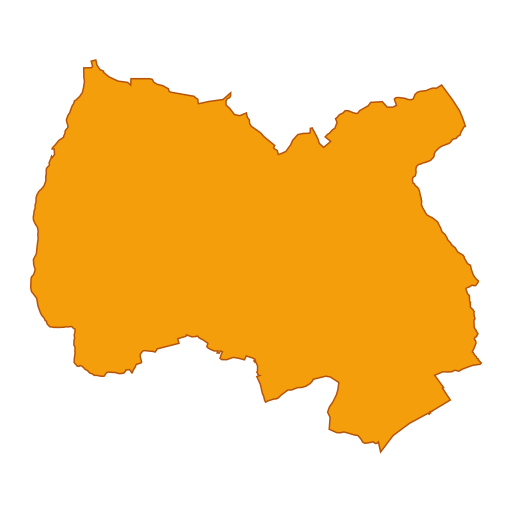 Pietrari, Dâmbovita, Romania
{"feature_id": "2599482B3924685478065", "entity_name": "Pietrari", "entity_type": "district", "adm_level": 2, "iso_a3": "ROU", "parent_name": "Romania", "parent_adm1": "Dâmbovita", "projection": "albers", "projection_center": [25.294, 45.097], "detail": "fine", "context": "isolated", "style": "filled", "palette": "amber", "viewbox_px": 512, "rotation_deg": 0, "n_neighbors": 0, "source": "geoboundaries", "source_scale": "gbopen_adm2", "svg_char_len": 5957}
<svg xmlns="http://www.w3.org/2000/svg" viewBox="0 0 512 512"><path d="M441.6,85.0L436.5,88.2L432.8,88.1L431.0,88.6L425.8,90.7L420.8,91.2L417.5,92.2L415.1,94.3L413.3,98.8L411.5,99.7L408.1,99.5L404.8,98.3L398.6,97.5L395.8,97.7L394.3,99.1L396.5,105.4L392.7,107.2L387.1,107.1L382.3,101.7L370.7,102.4L368.2,105.8L359.4,110.8L358.1,113.0L356.8,113.5L353.3,112.8L348.1,110.7L345.1,110.7L343.1,112.9L339.4,114.7L337.6,117.0L335.5,118.7L337.1,122.3L334.9,128.2L332.4,129.9L329.2,133.4L327.5,134.4L325.2,136.9L330.7,141.4L323.7,147.4L319.3,143.4L318.0,139.2L314.1,131.5L312.6,128.9L312.3,128.0L310.4,128.3L310.1,132.7L309.6,133.2L302.7,133.5L297.8,134.6L292.7,140.3L290.5,145.1L285.8,151.5L280.2,154.0L278.3,154.5L277.3,150.5L274.6,148.9L273.6,147.8L274.7,145.5L263.9,136.6L260.7,132.9L251.3,126.3L249.6,123.4L249.3,119.9L247.3,117.3L246.4,112.9L239.7,115.7L234.4,114.5L229.8,108.5L226.1,105.1L225.9,101.4L227.2,98.8L229.4,97.8L230.6,96.0L230.7,92.8L223.0,99.5L209.4,101.4L198.6,103.7L198.2,103.2L197.8,99.3L195.3,97.6L194.1,96.3L170.3,92.1L168.8,90.8L168.4,88.8L162.8,85.7L156.9,84.2L153.6,82.1L152.3,79.4L149.7,78.7L131.0,78.7L130.7,85.2L127.6,82.4L118.0,81.1L108.7,76.7L103.5,72.3L103.5,71.1L99.9,69.6L96.9,64.9L95.8,60.0L91.2,61.1L92.6,66.4L91.5,67.7L83.7,67.9L83.9,77.9L84.3,79.8L84.4,82.1L83.5,87.7L82.4,92.5L79.8,96.3L75.8,100.2L74.4,100.9L74.3,101.7L73.4,104.1L72.1,106.0L69.6,112.9L67.8,115.6L66.4,119.9L66.7,121.7L67.9,125.8L67.9,127.5L65.3,130.5L64.8,133.9L64.0,135.3L63.5,137.3L58.8,140.4L55.5,144.6L52.5,147.7L52.1,149.0L54.2,149.0L54.5,154.7L52.2,157.5L51.5,156.3L50.8,158.8L49.1,162.6L49.4,164.6L49.2,165.4L47.0,167.7L46.4,168.7L46.3,169.4L46.2,174.1L45.7,176.7L45.9,179.9L45.5,182.0L43.9,186.1L40.9,189.6L39.7,190.5L38.6,192.0L37.0,194.7L36.1,197.7L36.0,202.5L35.2,204.5L35.1,208.3L34.1,211.0L33.8,214.3L33.3,216.5L33.4,219.5L33.7,220.8L34.4,221.9L35.1,223.7L37.4,227.2L38.2,231.1L37.8,234.7L38.1,237.7L38.0,240.4L37.7,241.3L36.3,253.9L33.4,259.5L33.7,264.6L35.2,269.7L33.9,273.8L33.4,274.8L31.6,276.9L31.1,278.2L30.7,287.5L31.5,291.5L36.7,298.3L37.9,305.7L40.3,312.4L42.0,315.8L43.3,317.0L44.6,318.9L45.1,320.5L46.3,321.0L47.2,324.0L49.7,326.7L54.8,327.5L56.0,327.1L57.0,327.5L64.4,327.2L65.2,326.8L68.2,326.9L71.6,326.5L73.7,328.5L75.1,329.2L74.9,332.2L74.3,334.6L74.2,335.8L74.7,337.4L74.0,340.6L73.9,345.3L74.8,346.4L75.1,347.8L74.9,351.0L75.1,353.9L74.7,355.3L74.3,358.7L74.1,362.5L77.3,366.2L79.0,366.3L80.0,365.5L82.0,366.2L84.3,368.3L84.7,369.0L87.6,370.7L89.6,372.9L92.3,373.9L94.3,375.4L96.2,375.3L100.9,376.2L103.2,376.3L104.4,376.0L105.9,373.5L107.2,372.3L108.3,372.1L115.7,372.6L119.0,373.6L120.4,373.6L123.8,373.1L125.7,371.0L125.8,370.0L129.4,369.6L130.8,371.2L131.7,372.8L132.4,372.7L133.0,370.6L135.3,366.8L136.0,364.9L136.4,364.4L141.2,362.8L141.6,361.9L140.2,356.5L140.2,354.7L141.1,353.0L143.0,350.9L144.4,350.6L153.5,351.5L155.0,352.1L156.5,350.2L157.1,348.9L179.0,343.3L177.7,338.7L185.9,336.3L186.5,334.9L191.7,336.8L195.3,336.6L197.6,336.0L198.9,337.6L200.7,338.8L202.3,339.4L207.4,342.9L207.9,343.5L206.8,346.6L207.8,347.7L209.5,348.9L214.0,350.9L217.9,351.0L217.1,353.0L219.3,353.1L220.4,350.9L222.5,351.8L221.3,354.3L220.0,358.4L221.7,359.6L226.6,359.7L233.2,357.4L238.4,358.2L244.5,359.8L246.2,356.0L253.0,358.1L253.2,358.5L254.8,359.0L255.0,359.8L253.9,360.9L254.2,361.3L255.3,360.9L255.1,362.3L255.9,362.2L257.6,366.0L257.5,370.8L256.8,372.3L257.5,373.0L257.9,374.4L258.6,375.2L259.7,375.5L256.8,376.6L260.3,384.1L262.4,393.4L263.7,396.4L264.6,400.3L265.6,402.2L267.9,400.9L274.0,399.0L276.0,398.9L277.9,398.2L281.1,395.1L287.9,390.0L291.5,390.0L297.3,387.7L302.2,387.4L305.8,386.2L309.9,383.7L311.7,381.9L313.3,379.6L313.2,379.3L325.6,376.2L330.2,376.9L338.8,382.5L337.9,389.7L336.4,394.8L333.0,401.8L329.5,406.8L327.6,412.1L330.1,417.4L329.2,429.3L336.7,432.6L340.7,432.8L342.6,432.1L344.6,432.1L354.9,435.1L357.0,435.3L358.1,435.7L360.7,438.7L362.9,442.3L364.6,443.2L368.4,442.9L373.1,441.8L375.3,443.5L377.0,443.3L378.4,441.9L380.6,452.0L393.1,435.5L409.5,423.3L427.6,413.5L429.0,414.1L428.9,413.4L429.5,413.5L430.6,412.9L429.8,412.1L429.8,411.7L430.4,411.8L432.4,411.0L433.2,410.3L450.3,400.0L442.5,388.2L443.6,387.6L434.7,375.3L442.8,371.8L448.9,372.0L452.2,371.6L454.0,370.5L455.7,370.4L458.4,371.1L459.5,371.0L460.5,370.2L463.6,368.6L473.1,365.2L480.1,364.3L481.3,363.0L478.3,360.0L478.5,359.3L478.2,358.9L477.0,358.3L476.1,356.5L474.9,355.5L473.2,352.6L472.4,352.1L472.6,351.0L473.4,349.8L476.0,343.3L475.8,342.5L475.8,341.4L475.2,340.1L474.6,339.7L474.4,338.8L475.1,337.2L476.3,336.8L477.0,335.8L476.8,335.3L477.8,334.1L477.9,333.5L477.3,332.8L477.1,332.2L476.4,331.6L476.2,330.3L475.4,329.6L474.2,327.3L473.9,321.5L474.1,320.0L475.0,318.8L474.1,315.6L473.9,312.2L474.2,311.5L473.5,310.8L473.1,309.9L470.3,307.1L470.5,304.9L470.0,303.7L470.6,302.6L469.6,301.3L469.4,295.8L467.4,293.5L466.8,291.3L466.0,289.6L465.9,288.5L467.7,287.4L469.4,286.9L472.2,285.1L474.1,285.7L475.5,285.6L476.4,284.7L478.2,282.0L478.4,280.9L476.3,279.1L474.2,276.4L473.1,274.5L471.2,269.0L470.5,265.3L468.2,264.1L466.7,262.4L465.7,260.3L464.6,258.8L464.1,256.8L463.2,255.3L457.9,252.1L456.3,249.8L455.3,247.9L451.8,245.0L450.5,242.8L447.6,239.6L446.7,237.1L446.0,236.4L445.2,234.6L442.3,232.1L441.9,231.5L440.6,227.9L438.2,223.4L438.0,222.5L437.5,221.8L432.7,218.0L427.3,215.2L426.0,213.7L422.6,207.6L421.4,204.6L421.7,201.2L421.3,199.9L421.2,198.2L420.3,195.4L419.5,191.3L418.6,188.9L417.4,187.2L415.2,185.5L414.3,183.8L413.0,183.0L412.7,181.6L412.5,179.4L412.8,177.9L413.4,177.0L415.2,175.9L415.5,175.0L416.1,172.1L415.8,169.5L416.3,167.0L416.9,166.0L418.2,164.8L419.3,164.3L421.2,163.9L422.4,163.1L425.5,162.4L430.6,160.4L433.9,156.8L434.4,153.5L435.4,151.5L439.5,147.5L442.2,146.0L449.0,143.4L450.6,142.2L452.0,140.0L453.2,139.1L456.2,138.4L457.8,136.3L460.0,135.2L460.9,132.2L463.0,128.7L463.3,127.7L464.2,126.8L465.4,126.3L462.5,117.8L459.6,110.8L452.4,99.7L441.6,85.0Z" fill="#f59e0b" stroke="#b45309" stroke-width="1.5"/></svg>